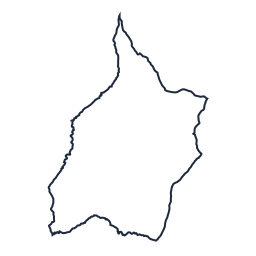 Argelia, Valle del Cauca, Colombia
{"feature_id": "7082276B75993550725955", "entity_name": "Argelia", "entity_type": "district", "adm_level": 2, "iso_a3": "COL", "parent_name": "Colombia", "parent_adm1": "Valle del Cauca", "projection": "robinson", "projection_center": [-76.151, 4.718], "detail": "fine", "context": "isolated", "style": "outline", "palette": "slate", "viewbox_px": 256, "rotation_deg": 0, "n_neighbors": 0, "source": "geoboundaries", "source_scale": "gbopen_adm2", "svg_char_len": 5726}
<svg xmlns="http://www.w3.org/2000/svg" viewBox="0 0 256 256"><path d="M119.6,15.4L119.1,16.3L118.5,19.9L118.9,24.7L118.8,25.3L118.5,26.1L117.8,26.8L117.5,27.8L116.8,29.4L116.3,33.3L114.6,36.2L114.5,37.1L114.2,37.5L113.4,39.3L113.4,40.8L114.3,41.7L115.0,43.2L114.8,44.1L114.4,44.7L114.4,45.1L115.3,46.6L115.6,48.4L116.2,49.8L116.3,50.4L116.2,51.9L116.3,52.8L117.8,54.8L118.2,55.9L118.3,59.1L118.1,61.3L118.2,64.0L118.2,64.8L117.9,65.8L118.3,67.2L118.8,68.2L119.0,68.8L118.6,70.5L118.9,71.7L118.9,72.3L117.9,73.2L117.8,73.6L118.1,75.6L117.4,76.5L117.1,77.3L116.3,77.8L116.2,78.8L116.0,79.3L115.5,79.5L115.1,80.4L114.1,81.4L113.4,83.1L112.9,83.5L111.9,85.2L111.6,86.6L110.4,86.4L109.8,86.7L109.6,87.1L108.8,87.8L108.7,88.4L108.1,89.2L105.5,91.2L104.9,91.5L104.1,92.3L103.4,92.4L102.8,92.8L101.3,92.8L101.1,93.3L101.6,94.4L101.5,95.1L101.2,95.5L100.5,95.2L100.3,95.4L100.1,96.1L99.6,96.4L99.3,98.1L98.0,98.4L97.1,98.8L96.0,99.6L95.3,99.8L94.3,101.2L90.2,105.1L89.4,105.5L87.7,106.8L85.2,108.0L83.0,110.0L82.7,110.4L82.5,111.2L82.1,111.8L80.7,112.4L79.8,113.3L79.2,114.3L79.2,115.2L77.9,115.7L77.6,116.2L76.9,116.7L76.1,116.8L76.1,118.0L75.6,118.2L75.2,118.0L74.8,118.0L74.4,118.2L73.7,120.2L72.3,120.2L71.7,120.7L72.3,121.0L72.6,121.4L72.7,121.8L72.3,122.9L72.5,123.8L71.9,125.2L71.8,126.4L72.0,126.8L73.2,127.2L73.4,127.4L73.5,127.7L73.5,128.8L73.9,130.0L73.6,130.3L73.0,130.1L72.8,130.2L72.6,131.2L72.1,132.0L72.9,133.2L72.6,134.4L72.2,134.7L71.2,135.0L70.7,135.6L70.7,136.0L70.9,136.4L72.2,137.6L72.7,139.0L72.5,140.4L72.2,141.1L71.4,141.8L71.2,142.1L71.4,142.7L72.5,143.5L72.8,143.9L72.9,144.4L72.5,146.2L72.4,148.4L72.2,148.7L70.8,149.9L69.6,152.6L69.6,152.9L70.1,153.7L70.2,154.1L70.1,154.5L69.9,154.6L69.3,154.7L67.2,154.5L66.8,154.6L65.8,155.7L65.8,156.5L66.9,157.6L67.0,158.4L66.8,158.7L65.3,159.4L64.9,159.7L64.0,162.2L64.2,162.4L65.2,162.5L65.3,162.6L65.3,162.9L64.5,164.6L62.5,166.8L62.4,167.0L63.0,167.7L62.9,168.0L62.7,168.2L61.4,168.6L61.5,169.6L61.3,170.1L59.1,173.1L58.6,173.5L55.5,178.2L54.2,179.3L52.8,181.8L50.5,184.4L50.0,185.0L49.8,185.6L48.8,186.9L48.7,187.9L49.5,189.5L49.4,191.6L52.3,196.4L53.3,198.9L53.4,202.6L52.7,204.7L52.4,206.3L51.1,208.6L51.0,209.4L51.7,210.5L53.0,211.6L53.6,212.5L53.4,214.7L54.0,216.4L53.9,218.4L54.2,221.0L54.1,221.4L53.5,221.9L52.0,222.2L51.4,223.6L50.8,224.3L49.1,225.5L49.1,226.3L50.4,228.9L50.8,231.4L51.8,232.7L52.3,233.4L52.5,234.9L52.8,234.6L53.6,234.4L54.1,234.0L54.2,232.9L54.6,232.5L54.9,232.6L55.0,233.2L55.3,233.5L55.7,233.4L56.2,232.6L57.0,232.2L57.7,232.2L58.3,233.1L58.9,233.1L59.3,232.6L59.4,231.5L59.7,231.3L61.3,232.4L63.1,233.2L64.3,232.9L65.1,233.1L66.7,232.4L69.5,231.9L70.0,231.6L71.3,229.9L72.7,228.5L74.0,228.4L74.7,227.9L75.4,227.7L76.2,227.0L76.9,226.1L77.5,225.6L79.3,225.3L80.3,224.9L80.6,224.5L80.8,223.9L81.1,223.6L83.1,223.6L83.5,223.1L84.9,222.9L85.1,222.7L84.9,222.3L85.3,222.0L85.4,221.6L85.7,221.4L86.3,220.7L87.0,220.0L87.9,219.4L88.7,218.3L89.6,218.2L90.1,217.8L90.2,217.5L90.7,217.3L90.8,217.0L91.1,216.9L91.4,216.5L92.5,216.5L93.4,216.2L93.8,215.9L94.0,215.4L94.5,215.3L96.8,215.6L97.5,216.3L99.0,216.9L100.2,217.8L100.8,218.0L102.0,217.7L103.6,217.8L104.8,218.1L105.1,218.3L105.6,219.4L105.9,219.5L106.4,219.0L106.6,219.0L107.1,219.2L107.6,219.8L108.3,220.1L109.2,221.0L109.9,222.1L110.4,223.4L110.4,225.0L113.2,225.9L114.6,226.9L115.8,227.4L116.5,228.1L117.6,228.9L117.7,229.2L117.6,231.3L118.3,231.3L118.6,231.6L118.5,232.2L118.2,232.8L118.2,233.1L118.5,233.5L119.2,233.4L119.8,232.1L120.5,231.8L121.1,231.9L121.7,232.5L122.4,234.4L122.8,235.0L123.4,235.1L123.8,234.7L124.7,235.4L125.8,234.8L126.3,234.1L127.0,233.6L128.0,232.6L128.7,232.3L129.9,232.4L130.9,233.3L131.4,233.7L132.0,233.8L132.6,233.6L133.6,232.6L134.1,232.6L135.0,233.6L135.3,233.6L135.7,233.2L136.3,233.2L136.8,233.8L137.3,234.8L137.6,235.0L138.1,234.8L138.6,234.8L139.0,234.5L139.7,234.4L141.5,235.2L143.3,235.2L143.8,235.5L144.1,236.1L145.7,235.7L146.8,236.3L147.7,236.3L148.6,237.5L150.1,238.8L152.2,239.6L156.1,240.6L157.8,239.0L158.7,237.7L160.6,235.7L163.7,229.4L164.6,227.2L164.9,226.1L165.1,223.6L165.7,221.0L166.3,219.3L167.2,217.8L168.1,214.2L168.6,213.1L168.9,211.5L169.3,209.9L169.5,208.0L169.2,205.5L170.9,201.4L170.9,200.8L170.8,198.9L171.1,196.1L170.8,193.3L170.8,192.8L171.9,186.9L173.0,184.7L173.6,183.8L175.3,182.8L177.1,182.1L180.2,179.7L181.9,177.2L185.1,173.5L187.7,171.5L189.4,168.6L190.8,167.1L192.3,164.5L193.9,162.6L195.0,160.9L195.9,160.2L196.5,159.0L198.7,157.9L198.7,157.6L200.4,155.9L201.5,154.0L201.3,153.5L200.5,153.0L198.5,150.6L197.9,149.4L197.0,148.0L197.1,145.9L196.3,144.2L196.6,141.6L196.7,140.0L195.3,136.1L195.0,134.8L194.8,134.5L193.7,134.0L193.4,133.8L194.3,133.0L194.5,132.6L194.6,129.6L195.0,127.9L196.5,125.9L198.3,124.3L199.5,122.9L198.7,120.7L198.3,116.4L198.5,115.3L199.7,113.3L201.4,111.0L202.0,110.6L203.3,109.9L203.7,109.5L204.1,108.6L204.6,104.9L205.5,102.5L205.6,101.6L207.3,98.6L206.5,98.4L204.4,96.5L203.0,96.4L200.6,96.8L195.2,95.5L194.7,95.3L193.6,93.8L191.1,91.5L188.6,90.9L186.3,90.0L184.1,89.3L182.3,89.4L177.5,91.9L176.2,92.3L175.1,92.4L172.7,92.2L168.5,91.4L166.7,90.9L165.1,90.0L164.9,89.7L164.9,88.6L164.6,88.1L162.2,85.5L159.9,80.8L159.2,79.2L158.4,76.2L157.7,74.5L157.6,72.8L157.0,72.2L155.8,71.5L154.8,70.4L154.1,69.4L152.9,66.5L150.8,64.4L150.5,63.1L148.4,61.1L148.1,60.7L147.6,58.3L147.4,58.0L146.2,57.2L144.7,56.7L143.0,56.3L141.1,54.4L139.8,53.4L139.6,53.5L138.8,54.3L138.0,54.5L137.7,54.3L137.3,53.9L136.1,51.8L134.8,50.4L134.2,49.1L132.1,46.5L131.7,45.5L131.9,44.2L131.7,42.6L131.0,40.8L128.6,36.9L126.3,34.1L126.0,33.1L125.6,32.5L123.9,31.3L122.9,29.7L121.7,23.3L121.7,22.6L121.9,21.7L121.7,21.1L120.8,20.0L119.8,18.4L119.6,17.5L119.6,15.4Z" fill="none" stroke="#1e293b" stroke-width="2"/></svg>